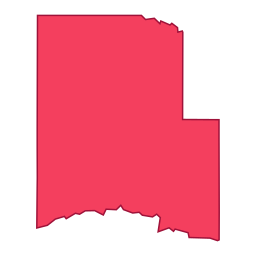 outline of Winn, Louisiana, United States of America, rotated 270°
{"feature_id": "52423323B15053613174821", "entity_name": "Winn", "entity_type": "district", "adm_level": 2, "iso_a3": "USA", "parent_name": "United States of America", "parent_adm1": "Louisiana", "projection": "natural_earth1", "projection_center": [-92.735, 31.928], "detail": "fine", "context": "isolated", "style": "filled", "palette": "rose", "viewbox_px": 256, "rotation_deg": 270, "n_neighbors": 0, "source": "geoboundaries", "source_scale": "gbopen_adm2", "svg_char_len": 759}
<svg xmlns="http://www.w3.org/2000/svg" viewBox="0 0 256 256"><g transform="rotate(270 128 128)"><path d="M70.2,37.2L28.0,36.8L30.7,47.4L36.9,55.3L39.6,64.4L37.3,66.2L42.7,75.4L41.8,79.6L45.2,85.3L45.4,94.7L41.0,103.3L46.8,106.1L46.3,116.3L50.7,120.8L46.4,123.5L43.0,132.7L43.7,139.2L40.8,142.3L39.1,152.5L41.8,156.7L38.4,160.3L24.2,158.1L28.2,169.1L24.7,173.5L26.9,175.1L23.3,188.1L18.5,189.1L17.9,210.0L15.4,217.5L16.1,219.1L43.8,219.2L120.1,219.0L136.3,219.0L136.3,217.7L136.5,182.6L150.1,182.6L223.7,182.8L225.0,182.3L223.9,177.9L228.4,177.5L232.7,171.8L231.0,170.0L235.0,160.8L232.3,159.9L237.7,154.3L236.5,145.5L240.6,141.4L240.6,128.4L240.6,37.5L127.4,37.2L109.2,37.2L78.0,37.3L70.2,37.2Z" fill="#f43f5e" stroke="#9f1239" stroke-width="1.5"/></g></svg>